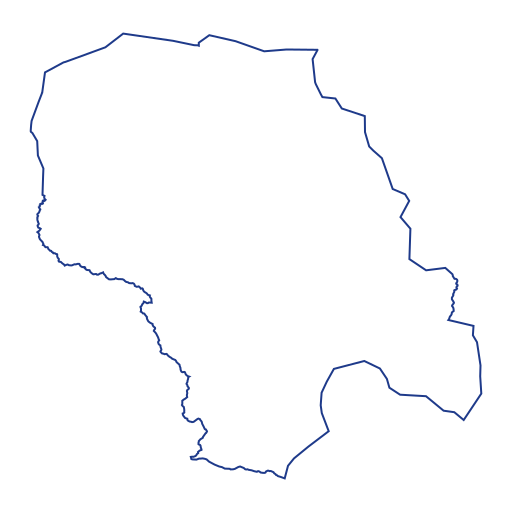 Delu'un, Bayan-Ölgiy, Mongolia
{"feature_id": "93677404B55197094733289", "entity_name": "Delu'un", "entity_type": "district", "adm_level": 2, "iso_a3": "MNG", "parent_name": "Mongolia", "parent_adm1": "Bayan-Ölgiy", "projection": "equal_earth", "projection_center": [90.333, 47.743], "detail": "fine", "context": "isolated", "style": "outline", "palette": "blue", "viewbox_px": 512, "rotation_deg": 0, "n_neighbors": 0, "source": "geoboundaries", "source_scale": "gbopen_adm2", "svg_char_len": 5925}
<svg xmlns="http://www.w3.org/2000/svg" viewBox="0 0 512 512"><path d="M42.5,194.9L44.5,195.9L44.2,197.0L44.2,197.7L44.7,198.9L45.6,199.8L44.8,200.7L44.2,201.0L43.9,200.3L42.8,200.7L42.5,202.1L42.9,203.5L42.1,203.9L41.3,203.6L40.4,204.0L40.6,204.4L40.2,205.0L39.7,205.3L39.8,206.4L39.5,206.8L38.9,207.2L39.4,208.1L39.5,208.5L40.3,209.3L40.3,209.6L39.8,210.2L39.4,211.7L39.1,212.1L38.8,212.8L37.6,213.8L37.3,214.5L37.5,215.1L38.1,215.9L37.8,216.4L37.5,216.8L37.5,217.4L37.3,217.8L37.5,218.1L37.3,218.8L37.4,219.9L37.6,220.8L38.0,221.4L37.9,221.8L38.8,223.8L38.5,224.5L37.6,225.4L37.6,225.8L37.9,226.8L38.3,227.6L40.2,228.4L40.7,228.8L39.4,230.6L37.4,232.1L38.5,233.0L39.5,235.0L39.0,236.4L39.0,236.9L39.8,239.0L40.6,240.0L42.5,241.9L42.6,242.4L43.3,243.6L43.3,244.3L43.0,245.0L43.8,245.2L44.5,245.8L44.8,246.5L45.6,247.2L47.6,247.2L48.5,249.2L49.8,250.3L50.0,250.7L51.2,250.9L51.8,251.9L53.0,252.5L53.1,253.0L53.4,253.3L54.8,253.2L55.8,253.9L57.1,254.2L57.2,254.4L57.2,256.3L57.7,257.7L58.8,258.9L58.8,260.1L58.5,260.8L59.1,261.7L60.8,261.9L62.4,263.4L64.0,264.5L64.7,265.6L66.1,264.9L67.7,264.5L68.9,265.2L70.8,265.4L71.8,265.4L74.4,264.3L75.8,264.4L77.4,263.9L79.2,263.9L79.4,264.0L79.6,264.6L80.4,265.9L81.1,266.5L81.7,266.7L82.2,267.1L83.1,267.0L83.8,267.2L84.1,267.0L84.4,267.0L85.1,267.4L84.8,268.3L85.5,268.7L85.6,269.0L86.3,269.7L87.1,270.0L89.5,270.2L90.4,272.0L91.8,273.3L93.3,274.3L95.9,274.0L96.4,274.1L97.0,274.7L98.1,274.7L100.5,273.3L101.1,273.3L103.1,272.4L103.2,272.8L104.0,274.2L104.9,274.9L105.1,275.4L105.7,276.0L106.1,277.1L109.0,279.3L110.8,279.4L114.3,279.1L115.8,278.1L116.9,278.8L118.1,279.1L122.3,279.2L123.6,279.7L124.3,280.3L124.9,281.0L125.7,281.5L126.1,281.9L128.0,282.3L129.1,283.1L131.4,283.3L132.7,283.1L133.9,283.7L134.3,284.2L134.6,284.8L134.8,285.9L136.7,286.8L137.5,286.7L138.7,286.4L140.3,287.8L140.8,288.7L142.1,288.4L142.4,288.4L142.9,289.0L143.2,290.2L143.9,291.4L145.2,292.4L146.0,292.8L147.1,293.7L147.6,294.6L147.9,294.8L149.8,295.4L149.6,295.8L149.9,296.9L150.4,297.7L151.1,298.3L151.4,298.8L151.4,300.8L151.7,302.7L148.9,302.5L148.0,303.1L147.0,303.2L145.2,302.1L143.8,301.6L143.4,303.2L142.3,304.2L141.7,305.7L141.1,306.4L140.5,306.7L140.5,307.3L141.0,308.5L141.0,310.9L140.7,311.6L142.2,312.5L142.9,313.4L143.9,313.5L144.3,313.6L145.4,315.2L147.0,317.1L146.8,317.5L146.8,317.8L147.1,319.1L147.4,319.4L147.8,320.5L148.5,321.5L150.2,322.8L152.6,324.0L152.6,324.9L153.3,326.3L155.0,327.7L155.1,328.7L154.1,330.1L153.8,330.9L155.5,332.7L156.2,333.7L158.1,337.4L158.7,339.3L159.2,340.3L158.3,341.5L158.1,342.2L158.6,343.9L159.3,344.7L160.4,345.4L160.5,346.8L161.4,349.4L161.3,350.0L160.4,351.4L160.6,351.9L162.0,353.4L163.7,353.8L164.5,354.2L166.4,353.9L167.1,354.3L167.7,355.3L169.5,356.8L171.4,357.9L172.1,358.7L175.3,360.0L176.2,361.2L176.6,362.2L179.5,364.7L179.8,366.3L180.4,367.7L180.6,369.7L181.1,371.0L181.5,371.7L182.2,372.1L182.8,372.2L184.2,371.9L184.7,372.0L185.1,372.6L185.6,374.0L186.4,375.1L187.9,376.2L189.1,376.6L188.6,376.9L188.2,377.5L188.1,378.9L187.6,380.4L187.4,382.0L186.5,383.7L186.6,384.1L187.4,385.2L187.5,386.2L188.8,387.8L188.9,388.3L188.6,389.0L187.3,390.0L186.9,391.0L187.3,393.1L186.9,394.8L186.9,395.8L187.2,397.1L185.1,398.8L183.8,399.5L182.3,400.7L182.3,404.1L181.9,405.0L182.6,406.0L183.8,407.0L184.1,408.5L184.3,410.3L184.2,411.3L184.3,412.5L183.7,413.1L182.7,413.5L182.9,414.8L183.4,415.8L185.1,418.0L187.3,418.7L187.4,419.9L188.3,420.9L189.9,421.6L190.9,421.7L192.0,422.1L193.0,422.0L193.7,421.8L197.6,418.9L198.5,418.6L200.1,419.3L200.3,420.1L201.3,421.1L201.8,422.0L202.2,423.8L203.8,426.9L204.7,428.9L205.0,429.2L205.8,429.4L207.0,431.3L206.9,431.6L206.2,432.9L205.7,433.1L203.2,436.6L203.0,436.9L202.8,437.8L200.4,439.3L198.8,441.1L198.8,441.8L198.5,442.6L198.5,444.2L199.3,444.7L200.0,444.9L200.5,445.6L200.8,447.5L201.5,449.4L201.5,449.9L199.6,450.6L198.0,452.0L198.2,453.1L196.9,454.1L196.2,455.4L195.3,456.1L193.4,456.8L192.1,456.7L190.8,456.9L191.4,459.1L192.5,459.4L196.4,459.6L199.1,458.6L200.4,458.6L202.7,458.4L204.8,458.8L206.6,459.4L209.0,461.6L214.6,464.6L219.2,466.5L221.9,467.1L224.8,468.6L229.8,468.8L230.5,469.4L233.1,469.3L234.8,468.9L238.3,467.0L240.1,466.5L243.8,468.0L245.1,469.2L246.1,469.5L247.6,469.3L248.6,469.8L251.6,470.3L254.2,471.2L256.9,471.8L257.6,471.3L258.6,471.2L259.8,471.8L260.6,472.5L263.2,472.9L264.7,472.9L265.5,472.5L266.0,471.5L267.6,470.7L268.5,470.7L269.5,471.1L270.8,471.0L273.5,472.2L274.2,473.3L275.6,474.2L276.1,475.0L277.1,475.3L277.9,476.1L280.6,476.9L284.7,478.4L288.0,465.8L294.0,458.4L308.4,446.6L328.7,431.2L321.8,413.1L320.7,405.3L321.6,392.7L326.8,381.6L333.9,368.9L364.3,361.0L379.9,368.5L386.9,378.9L389.4,387.7L400.1,394.7L426.0,396.2L443.6,410.7L454.3,412.2L463.7,420.0L481.3,393.6L480.2,376.3L480.5,365.4L477.0,342.2L472.9,335.3L473.5,325.9L448.4,320.0L449.0,319.2L449.9,316.6L451.1,315.2L451.6,314.2L451.9,312.4L453.7,311.0L453.6,309.5L453.4,308.1L452.7,306.8L452.1,306.1L452.1,305.4L453.8,303.2L453.9,302.4L453.4,301.8L453.3,301.4L451.9,299.3L451.9,297.7L453.2,295.6L453.4,294.9L453.1,294.2L454.3,291.8L454.2,290.4L454.6,290.1L455.9,289.7L456.6,289.3L457.0,288.4L456.5,287.9L456.4,287.2L456.9,286.3L457.5,285.9L457.6,285.2L457.3,284.6L456.3,283.9L456.2,283.3L457.1,282.0L457.4,280.9L457.1,279.7L456.2,279.0L455.5,278.8L454.5,278.8L452.8,276.1L452.8,275.3L452.4,274.2L445.3,267.9L426.1,270.3L409.4,259.1L410.4,228.7L400.5,217.1L409.2,200.9L405.1,194.3L392.7,189.0L381.9,158.2L373.4,150.7L369.2,146.5L365.0,132.1L364.8,116.1L341.8,108.5L335.4,98.5L322.4,97.1L320.9,94.4L315.8,84.1L315.1,82.2L312.6,59.1L317.5,50.0L317.4,49.8L286.6,49.5L264.2,51.3L235.6,41.2L209.3,35.2L198.8,42.7L198.8,45.7L197.7,45.3L194.2,45.2L173.0,40.8L123.2,33.6L105.4,47.3L65.4,61.9L63.5,62.4L45.0,72.4L42.2,92.7L42.0,92.8L41.7,93.9L38.6,101.9L31.6,120.9L31.1,125.2L30.7,131.1L30.9,131.8L32.4,133.0L37.2,141.1L37.9,155.5L43.4,168.5L43.1,176.0L42.5,194.9Z" fill="none" stroke="#1e3a8a" stroke-width="2"/></svg>